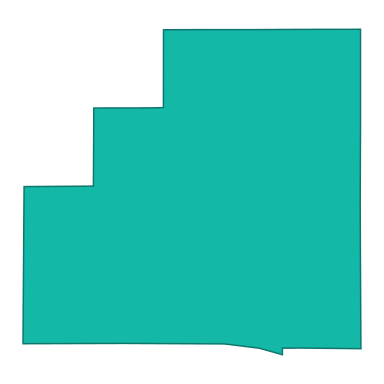 Winston, Mississippi, United States of America (Equal Earth projection)
{"feature_id": "52423323B31713445578936", "entity_name": "Winston", "entity_type": "district", "adm_level": 2, "iso_a3": "USA", "parent_name": "United States of America", "parent_adm1": "Mississippi", "projection": "equal_earth", "projection_center": [-89.02, 33.103], "detail": "fine", "context": "isolated", "style": "filled", "palette": "teal", "viewbox_px": 384, "rotation_deg": 0, "n_neighbors": 0, "source": "geoboundaries", "source_scale": "gbopen_adm2", "svg_char_len": 466}
<svg xmlns="http://www.w3.org/2000/svg" viewBox="0 0 384 384"><path d="M177.2,29.7L163.5,29.8L163.4,107.6L150.1,107.9L93.8,108.0L93.6,147.2L93.4,186.1L24.1,186.6L23.8,225.0L23.0,343.7L123.6,343.4L224.2,343.9L259.2,348.2L282.4,354.7L282.4,348.1L288.9,348.1L293.1,348.1L297.1,348.0L361.0,348.7L360.9,347.4L360.4,252.1L360.2,204.0L360.5,129.3L360.5,29.3L302.4,29.4L301.7,29.4L258.7,29.6L206.9,29.6L177.2,29.7Z" fill="#14b8a6" stroke="#0f766e" stroke-width="1.5"/></svg>